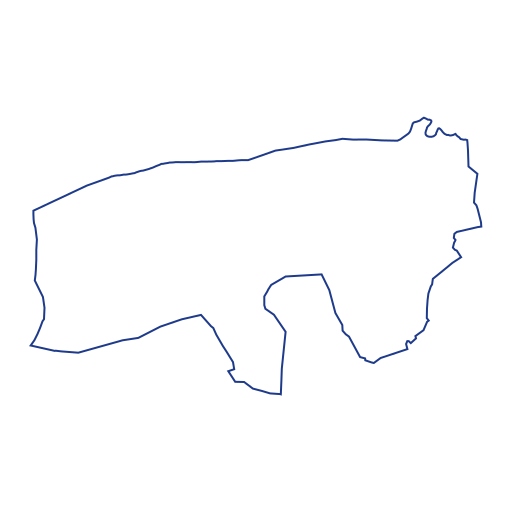 Al Khabt, Al Mahwit, Yemen
{"feature_id": "15242507B38979687993387", "entity_name": "Al Khabt", "entity_type": "district", "adm_level": 2, "iso_a3": "YEM", "parent_name": "Yemen", "parent_adm1": "Al Mahwit", "projection": "albers", "projection_center": [43.386, 15.485], "detail": "fine", "context": "isolated", "style": "outline", "palette": "blue", "viewbox_px": 512, "rotation_deg": 0, "n_neighbors": 0, "source": "geoboundaries", "source_scale": "gbopen_adm2", "svg_char_len": 3576}
<svg xmlns="http://www.w3.org/2000/svg" viewBox="0 0 512 512"><path d="M33.4,210.7L33.4,214.1L33.5,216.7L33.6,219.3L34.0,223.1L35.4,227.7L35.5,228.4L36.9,239.6L36.3,249.8L36.3,259.9L35.9,269.3L35.5,274.9L34.8,280.5L42.9,296.9L43.2,298.7L44.5,307.8L44.0,319.2L42.5,321.3L40.6,326.5L39.7,328.8L37.5,334.0L34.4,340.2L30.7,345.5L41.4,347.9L54.8,350.9L55.6,350.7L61.4,351.4L78.3,352.7L80.8,352.0L118.7,341.4L122.5,340.3L132.4,338.8L138.3,337.9L160.4,326.6L181.8,319.3L201.0,314.9L211.0,326.2L213.3,328.0L216.3,334.7L223.1,346.4L223.2,346.5L226.7,351.9L233.0,362.1L234.2,369.2L228.3,371.2L235.2,381.8L244.1,382.0L252.9,388.6L262.1,391.0L270.1,393.4L280.3,394.1L280.8,394.3L280.9,393.1L280.9,392.4L281.4,380.4L281.8,368.7L285.6,331.8L273.9,314.7L265.4,308.8L264.3,305.2L264.3,296.4L267.2,291.6L268.4,289.2L268.9,288.5L270.0,286.7L270.9,285.4L271.2,284.9L274.8,282.8L282.4,278.4L285.6,276.5L297.6,275.8L321.6,274.4L329.3,290.1L335.4,313.0L342.3,325.0L342.6,330.7L345.8,334.3L349.0,336.6L349.2,337.0L360.1,357.1L365.1,358.4L365.3,360.3L371.4,362.4L373.8,363.0L380.6,358.0L383.6,357.0L407.4,349.1L406.1,344.0L407.3,341.1L408.7,341.1L410.8,343.1L416.0,338.4L415.4,336.1L423.5,330.2L424.1,328.8L427.1,321.8L428.7,320.6L426.8,318.1L427.0,308.4L427.6,299.9L428.4,293.5L430.8,286.4L432.1,284.4L432.8,279.1L432.9,278.8L435.9,276.4L442.8,270.8L452.5,262.8L461.1,257.2L456.8,250.6L454.9,249.8L452.9,247.6L454.2,242.4L454.8,241.6L455.5,240.0L453.8,237.9L454.4,233.8L455.4,233.0L456.9,231.9L458.7,231.5L477.7,227.1L481.3,226.6L481.0,222.3L480.5,220.3L477.6,208.8L476.4,205.3L474.0,202.6L474.7,192.6L477.4,173.8L468.5,166.5L468.0,150.5L467.5,143.1L467.3,141.1L467.2,140.5L467.2,140.1L465.7,139.6L463.6,139.7L460.6,139.0L460.0,138.3L459.2,137.3L457.9,136.5L456.5,135.3L455.9,134.5L455.5,133.9L454.7,134.2L453.4,134.9L452.2,135.2L450.8,135.5L449.6,135.4L448.2,134.9L446.9,135.0L446.1,134.6L444.5,133.8L443.6,132.9L442.7,132.0L441.7,130.6L440.9,129.7L440.1,128.9L439.2,128.3L438.8,128.4L438.4,128.4L437.7,129.5L437.0,131.3L436.3,132.7L435.9,134.3L435.2,135.1L433.5,136.3L431.4,136.8L429.1,136.7L427.4,136.2L426.2,135.2L425.6,134.2L425.5,132.6L426.0,130.7L426.7,128.9L427.0,127.6L427.8,126.4L429.8,124.5L430.6,123.3L431.4,121.7L431.2,120.5L429.6,119.7L428.0,119.7L426.0,118.6L423.9,117.7L422.4,118.6L419.8,120.6L416.7,121.7L414.1,122.3L412.8,123.4L412.0,125.9L411.1,128.8L410.0,131.6L408.5,133.5L405.9,135.4L403.2,137.3L400.2,139.5L399.8,139.6L398.1,140.4L397.5,140.7L397.4,140.7L381.9,140.4L366.0,139.5L353.2,139.6L342.5,138.8L335.6,140.1L325.6,141.4L313.5,143.7L309.6,144.4L293.0,148.0L275.4,150.6L253.2,158.4L248.2,160.1L247.5,160.1L245.1,160.1L242.7,160.1L240.1,160.2L237.5,160.4L234.8,160.7L232.2,160.9L229.7,160.9L228.5,160.9L227.3,160.9L224.9,161.0L222.0,161.1L219.2,161.1L216.7,161.1L214.2,161.4L211.7,161.5L209.3,161.5L207.4,161.6L204.9,161.6L202.8,161.6L201.1,161.6L198.2,161.9L196.2,162.1L194.4,162.2L192.6,162.2L190.5,162.1L190.1,162.1L188.9,162.1L188.3,162.1L186.5,162.1L184.7,162.2L182.2,162.2L181.5,162.2L180.4,162.2L178.2,162.1L175.9,162.1L173.4,162.4L171.6,162.5L169.9,162.5L167.7,163.0L165.0,163.4L163.1,163.8L161.3,163.9L159.6,164.8L157.7,165.5L155.9,166.2L154.4,166.9L152.8,167.6L151.1,168.2L150.9,168.2L150.3,168.4L149.5,168.8L147.4,169.4L145.6,169.9L143.1,170.6L141.3,170.8L139.6,171.2L137.9,171.8L136.3,172.3L134.6,173.1L132.6,173.4L130.7,173.8L129.0,174.1L127.3,174.4L125.6,174.6L123.7,174.6L121.7,175.0L119.9,175.3L118.1,175.3L116.3,175.5L114.4,175.8L114.1,175.9L112.7,176.3L111.6,176.4L109.1,177.6L86.8,185.6L33.4,210.7Z" fill="none" stroke="#1e3a8a" stroke-width="2"/></svg>